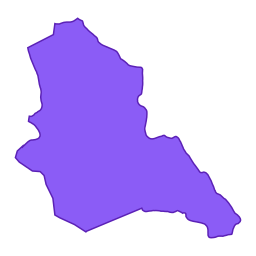 Gomier, Micoud, Saint Lucia
{"feature_id": "8701671B18613428350032", "entity_name": "Gomier", "entity_type": "district", "adm_level": 2, "iso_a3": "LCA", "parent_name": "Saint Lucia", "parent_adm1": "Micoud", "projection": "robinson", "projection_center": [-60.951, 13.816], "detail": "fine", "context": "isolated", "style": "filled", "palette": "violet", "viewbox_px": 256, "rotation_deg": 0, "n_neighbors": 0, "source": "geoboundaries", "source_scale": "gbopen_adm2", "svg_char_len": 4850}
<svg xmlns="http://www.w3.org/2000/svg" viewBox="0 0 256 256"><path d="M85.9,231.9L86.4,231.3L112.2,220.5L141.8,208.2L142.1,208.9L142.5,210.0L142.9,210.3L143.2,210.5L143.6,210.8L144.2,211.1L145.1,211.5L146.8,211.5L148.2,211.2L149.6,211.0L150.8,210.9L151.2,210.9L152.0,210.7L152.7,210.6L153.7,210.5L154.6,210.6L155.8,210.5L157.3,210.6L158.5,210.7L159.1,210.7L159.9,210.9L160.9,211.2L161.6,211.2L162.3,211.2L163.3,211.2L164.5,211.4L166.2,211.5L167.8,211.5L168.4,211.7L168.7,211.8L169.6,212.1L169.9,212.2L171.3,212.4L172.1,212.5L173.5,212.4L174.1,212.1L174.5,211.9L175.5,211.6L176.2,211.2L176.6,211.0L176.9,210.8L177.5,210.6L178.2,210.8L180.7,212.0L182.1,212.8L182.7,213.2L182.9,213.0L184.0,212.8L185.0,213.0L185.4,213.3L185.7,213.5L185.8,214.1L186.0,215.1L185.9,216.2L186.3,217.1L186.8,217.8L187.6,218.9L188.6,219.7L190.3,220.5L193.3,221.3L196.7,221.9L201.4,222.9L203.1,223.5L204.2,223.8L204.5,224.0L204.9,224.2L205.3,224.5L206.0,225.3L206.8,226.1L207.1,226.7L207.5,227.5L207.8,228.8L208.0,229.9L208.0,231.1L208.0,232.0L208.0,232.4L208.0,233.3L208.1,233.9L208.0,235.0L208.3,235.9L208.5,236.3L208.7,236.7L209.1,237.2L210.0,237.6L211.4,237.7L212.6,237.6L212.9,237.6L214.4,237.4L215.7,237.1L217.2,236.5L217.4,236.4L218.8,236.1L219.4,236.1L220.2,236.1L221.3,236.1L222.6,236.2L222.9,236.2L224.5,235.7L224.9,235.6L226.0,235.4L227.2,235.0L227.6,234.9L228.2,234.7L228.6,234.6L229.0,234.6L229.5,234.6L230.1,234.5L231.7,234.3L231.9,233.6L232.1,233.4L232.7,230.7L232.9,229.5L233.6,227.9L234.4,226.0L235.6,224.4L236.6,223.9L238.2,223.5L239.2,222.5L240.1,221.6L240.6,220.1L240.3,218.7L239.3,216.9L237.4,214.9L234.9,213.1L233.5,210.8L231.8,207.6L228.7,203.1L225.5,199.3L223.9,198.4L221.2,195.8L220.2,194.9L217.7,193.8L216.8,193.5L215.6,192.1L215.2,190.8L214.6,189.9L213.6,186.8L212.2,183.7L211.2,181.0L209.6,178.0L207.8,174.6L205.8,172.7L203.9,172.1L202.9,172.3L202.4,172.6L200.7,172.6L199.7,171.9L198.1,169.5L196.3,167.0L193.7,163.6L192.3,161.4L190.2,158.0L189.1,156.0L187.4,154.3L186.2,153.2L184.5,150.4L183.6,149.1L183.4,148.5L183.1,147.7L182.7,146.8L182.2,145.7L181.6,144.2L181.0,142.9L180.5,141.7L179.8,140.7L179.0,139.0L178.3,138.0L177.4,137.3L176.5,136.6L175.5,136.5L174.5,136.9L173.3,137.6L173.1,137.7L172.1,138.3L171.3,138.3L170.5,138.2L169.8,138.0L168.0,137.5L167.4,137.4L166.0,136.7L165.1,135.9L164.4,135.4L163.6,135.4L162.8,135.6L161.7,136.2L159.4,136.7L154.5,138.5L153.0,138.8L152.1,138.9L151.0,138.8L150.2,138.6L149.0,138.0L148.0,137.2L147.1,136.4L146.3,135.4L145.9,134.3L145.6,133.0L145.2,131.7L145.0,130.6L144.9,130.0L144.7,129.2L144.8,127.9L145.0,126.8L145.3,125.7L145.6,124.0L145.9,122.5L146.3,120.5L146.5,118.7L146.7,117.7L146.8,116.1L146.9,114.1L146.9,112.7L146.8,111.3L146.5,110.4L146.1,109.7L145.5,109.0L144.9,108.1L144.1,107.3L143.2,106.7L142.5,106.4L141.7,106.2L140.2,105.4L139.4,104.8L138.6,103.8L138.1,103.0L137.5,101.4L137.6,100.5L137.5,100.0L137.5,99.3L137.6,98.5L137.8,97.7L138.1,96.9L138.6,96.1L139.3,95.5L140.2,94.9L140.8,94.5L141.4,93.9L141.6,93.1L141.8,92.0L141.9,90.8L142.3,88.5L142.4,86.9L142.6,85.4L142.7,84.1L142.7,82.3L142.6,80.4L142.7,79.9L142.7,78.4L142.7,77.6L142.6,76.0L142.5,74.6L142.4,73.2L142.5,71.5L142.6,69.3L142.0,68.2L141.6,67.6L140.7,67.3L137.1,67.1L132.7,66.3L129.9,65.7L128.5,65.0L128.2,64.8L127.4,63.9L126.4,62.9L125.5,62.2L124.8,61.5L123.8,60.8L123.3,60.4L122.3,59.8L121.7,59.3L120.7,58.9L120.4,58.3L120.1,57.7L119.7,56.7L119.0,55.3L118.5,54.3L117.8,53.1L117.0,51.9L116.1,51.1L115.6,50.9L114.3,50.1L112.9,49.5L102.7,45.2L101.9,44.7L100.9,44.1L99.8,43.2L98.5,42.1L97.9,40.9L97.5,39.2L97.2,38.4L96.8,37.7L96.1,37.0L95.5,36.5L94.4,35.7L93.1,34.4L91.6,33.2L89.5,31.5L88.1,30.2L86.7,28.6L85.2,27.3L84.3,26.2L83.7,25.4L83.5,24.7L83.3,23.9L83.0,22.7L82.7,21.8L82.6,21.3L82.3,20.9L80.9,20.3L78.9,19.3L77.7,18.3L75.6,19.8L74.1,20.8L73.4,21.2L72.0,21.7L70.1,22.1L66.6,22.1L63.8,22.4L62.3,22.9L60.8,23.4L59.3,24.0L55.8,23.9L54.9,23.6L53.4,34.6L27.8,47.7L28.4,50.8L29.5,54.1L30.6,58.1L34.4,67.3L35.8,70.5L36.5,71.6L37.0,73.4L37.9,75.5L38.9,81.3L39.4,84.4L40.3,87.7L40.7,88.7L41.1,91.0L41.2,92.4L40.7,97.2L41.1,100.7L42.1,104.1L42.1,106.1L41.5,108.4L40.2,110.3L37.8,111.7L37.1,112.4L35.1,113.4L33.8,115.0L31.7,116.3L30.6,116.4L29.3,116.2L28.8,119.1L28.5,121.3L28.9,121.6L30.2,122.3L30.9,122.6L31.8,123.2L32.7,123.8L33.4,124.2L34.0,124.6L34.8,125.4L35.4,126.0L35.9,126.7L36.4,127.4L36.9,128.1L37.5,128.8L37.9,129.4L38.6,130.5L39.0,131.4L39.4,132.2L39.8,133.0L39.9,133.8L40.1,134.8L40.1,135.4L39.9,136.4L39.3,137.4L38.9,138.0L37.9,138.7L37.2,139.0L36.5,139.2L35.8,139.5L34.0,139.8L32.3,140.0L31.5,140.0L30.8,140.2L30.1,140.4L28.8,141.2L27.6,142.1L26.7,143.0L25.4,144.2L25.1,144.5L24.5,145.1L23.1,146.4L22.4,147.2L21.8,147.8L22.2,146.5L17.3,151.0L15.4,157.6L19.3,162.1L32.4,171.0L40.2,171.6L44.1,175.5L46.1,184.4L52.9,198.3L54.9,215.0L59.8,217.8L74.4,224.5L85.9,231.9Z" fill="#8b5cf6" stroke="#5b21b6" stroke-width="1.5"/></svg>